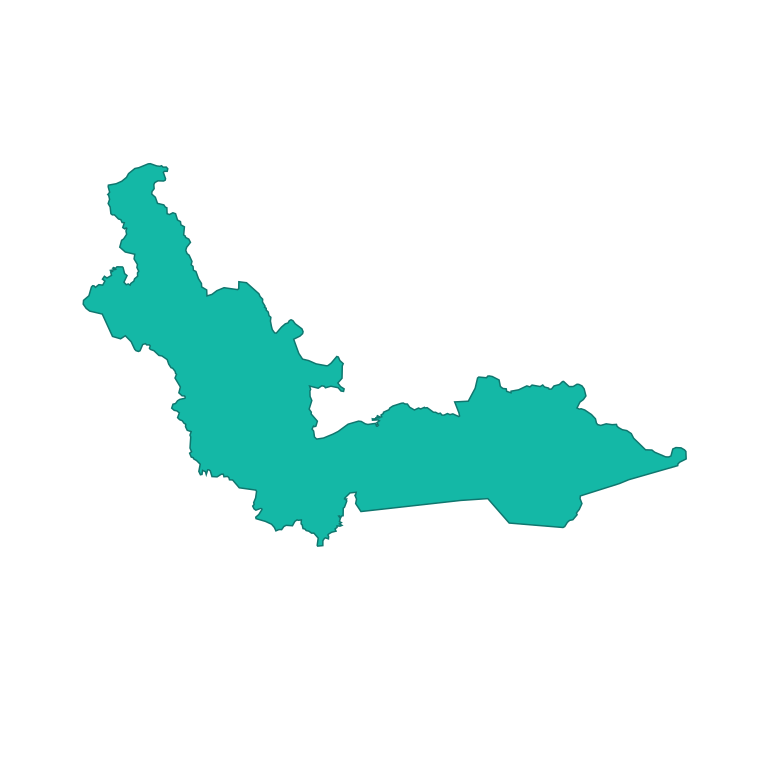 Huehuetla, Hidalgo, Mexico (Natural Earth projection), rotated 101°
{"feature_id": "50627088B94198813487846", "entity_name": "Huehuetla", "entity_type": "district", "adm_level": 2, "iso_a3": "MEX", "parent_name": "Mexico", "parent_adm1": "Hidalgo", "projection": "natural_earth1", "projection_center": [-98.075, 20.532], "detail": "fine", "context": "isolated", "style": "filled", "palette": "teal", "viewbox_px": 768, "rotation_deg": 101, "n_neighbors": 0, "source": "geoboundaries", "source_scale": "gbopen_adm2", "svg_char_len": 6159}
<svg xmlns="http://www.w3.org/2000/svg" viewBox="0 0 768 768"><g transform="rotate(101 384 384)"><path d="M555.8,418.2L554.3,413.2L549.5,414.1L547.1,413.1L546.2,412.2L546.6,409.0L544.3,409.2L542.9,410.3L541.8,409.7L539.5,407.1L537.6,403.0L535.6,404.4L533.7,402.7L532.3,403.0L531.9,400.0L530.8,398.3L529.8,401.0L528.2,399.4L527.5,401.5L524.2,401.2L522.3,403.3L522.0,402.5L523.5,401.0L521.7,400.5L521.1,399.0L513.7,400.3L512.5,399.3L505.9,398.2L505.3,399.0L504.0,398.7L504.4,400.8L503.7,400.9L497.4,396.6L495.6,390.6L498.5,390.7L498.8,391.3L502.2,389.0L506.8,389.0L513.6,382.3L483.6,286.3L476.7,260.2L496.6,234.6L490.7,180.9L489.5,179.4L484.8,177.6L482.5,175.8L481.2,172.7L475.5,169.5L473.9,170.5L469.9,168.4L463.6,166.9L459.1,169.7L456.4,169.9L436.8,133.9L431.2,125.4L408.1,80.1L406.3,80.2L404.3,78.8L399.9,73.1L392.6,74.8L391.3,76.5L390.0,80.2L390.7,85.3L392.7,88.1L399.9,88.6L401.3,90.6L401.8,93.6L399.3,105.3L397.7,108.4L398.7,114.7L389.6,128.6L385.5,131.8L383.4,136.8L383.4,141.3L382.1,145.3L381.0,147.2L379.3,148.1L380.4,152.3L380.7,158.3L383.3,163.3L383.1,166.5L381.8,168.0L377.8,169.8L374.4,174.5L371.2,182.0L370.7,185.8L371.4,187.5L370.7,190.0L364.4,188.2L361.2,185.3L357.2,183.5L350.6,186.6L348.1,189.3L347.2,192.7L347.4,194.5L350.4,197.8L351.2,201.8L347.2,208.2L347.6,209.3L351.0,211.7L353.5,216.8L357.0,218.6L357.6,220.9L356.6,221.6L356.3,225.9L354.7,228.0L356.7,230.2L356.8,238.5L359.0,240.2L358.6,243.4L364.0,250.7L366.8,257.9L368.4,257.7L367.8,262.2L365.4,263.1L365.7,266.5L364.2,269.3L358.1,271.8L356.0,279.1L356.0,282.1L356.4,283.6L358.3,284.6L359.1,292.3L360.3,293.3L370.8,293.7L384.8,298.0L388.1,311.2L398.1,304.9L401.0,303.7L401.7,304.4L400.2,310.7L401.5,313.4L400.9,316.1L403.1,319.1L403.5,321.1L401.9,323.1L402.8,325.2L401.9,327.9L402.3,330.0L399.0,337.1L399.7,339.2L399.2,339.9L401.5,343.2L401.0,345.5L403.7,349.2L401.9,354.4L399.2,357.2L399.6,359.8L399.0,361.4L399.6,363.3L403.9,371.1L406.4,373.7L408.3,374.2L411.8,379.1L413.1,379.0L415.0,381.0L416.6,380.0L417.2,381.3L416.4,384.4L417.3,384.6L418.2,382.9L418.8,385.6L419.7,385.4L420.1,387.0L420.7,386.7L420.4,388.8L421.7,388.4L420.4,383.0L421.0,381.5L423.3,383.6L424.0,382.7L424.7,383.1L425.4,381.6L426.7,382.4L426.8,383.3L424.3,384.9L426.8,392.1L426.7,394.7L425.1,399.2L425.3,401.9L430.3,411.6L439.3,419.9L442.9,424.5L448.6,433.1L450.9,439.6L449.3,442.1L443.6,444.1L442.0,446.0L438.8,445.2L439.1,443.9L438.4,442.8L433.2,442.3L427.3,449.8L425.5,450.0L422.9,452.7L414.0,451.7L410.3,454.2L405.0,455.4L403.2,455.0L400.2,456.7L400.7,447.8L397.6,444.7L397.7,442.0L398.9,440.8L396.3,435.7L396.4,428.3L399.1,424.9L399.0,422.3L396.4,422.2L394.8,426.2L391.8,429.5L386.4,426.3L374.2,428.4L371.8,427.9L369.4,431.8L366.2,434.0L366.0,435.6L373.5,439.8L376.6,442.5L377.1,443.8L377.2,454.5L375.4,462.4L375.1,468.7L370.2,473.5L357.3,481.2L353.0,475.6L350.1,473.5L348.1,473.4L345.5,475.1L341.8,482.7L339.2,485.5L338.7,487.5L339.9,489.0L342.4,489.9L343.8,492.4L347.7,495.5L354.6,499.4L354.7,501.1L352.0,504.0L349.1,505.4L343.9,507.5L340.1,507.8L338.9,509.9L335.4,511.4L334.0,513.7L332.1,514.1L331.5,515.9L330.3,515.6L326.7,518.9L323.9,519.3L321.8,522.3L319.3,524.0L310.8,538.3L311.3,546.0L318.0,544.8L319.3,545.7L320.0,559.4L324.3,565.9L328.9,570.0L331.3,574.6L325.5,576.0L323.5,581.5L320.1,582.4L316.0,586.2L309.4,590.1L308.7,592.8L305.0,593.9L303.8,596.0L300.3,595.9L294.7,599.9L293.6,602.2L290.5,604.1L287.4,603.8L281.9,601.0L279.0,603.3L278.0,606.8L276.8,607.2L275.9,609.1L267.8,609.9L266.5,613.7L263.4,614.8L262.4,618.0L256.6,621.1L256.2,623.9L258.6,627.0L258.2,629.4L252.4,630.8L252.2,632.3L250.2,634.3L249.9,640.8L244.3,644.1L241.9,648.2L239.4,648.5L236.2,646.9L232.2,648.0L230.0,647.4L227.7,644.7L226.8,639.1L225.7,637.7L224.2,637.6L218.4,641.0L217.1,640.2L216.6,637.4L214.0,637.3L212.6,639.1L213.3,642.2L212.2,644.0L213.1,645.6L213.3,648.7L212.3,655.4L212.9,657.5L218.5,666.0L220.0,669.7L226.2,674.9L230.3,676.2L235.0,680.1L238.5,685.1L241.4,692.5L243.0,692.4L248.1,689.9L250.8,691.3L251.1,690.4L255.1,688.6L259.5,689.2L262.5,686.6L268.9,684.6L269.8,683.0L269.4,680.9L272.7,676.1L272.9,673.7L275.5,671.9L275.2,669.7L280.3,670.3L281.2,668.2L280.0,666.9L280.3,666.2L283.0,666.5L286.2,665.2L291.3,667.3L293.0,669.0L300.1,669.5L303.8,663.2L304.2,653.4L308.9,653.2L313.8,648.8L316.8,648.8L320.1,646.3L322.0,647.2L325.2,646.4L328.3,648.9L330.8,649.2L333.5,651.7L335.4,652.1L334.6,654.1L335.7,656.0L333.7,658.7L326.6,656.9L325.1,659.7L319.6,662.3L319.0,663.1L319.9,668.5L321.7,669.6L321.3,671.7L322.1,672.3L322.9,669.8L324.6,674.0L325.4,672.3L326.1,673.7L329.4,672.2L332.8,676.2L331.6,679.0L334.8,680.4L336.2,677.6L340.6,679.0L340.9,682.9L344.2,685.7L343.0,687.4L343.1,688.7L344.6,689.7L353.7,690.5L359.2,694.9L363.0,694.5L366.6,690.8L368.6,686.8L369.1,673.9L389.1,659.6L389.9,651.2L386.0,647.1L390.7,640.3L397.4,635.4L398.6,633.8L398.9,631.2L397.9,629.8L391.3,628.4L389.9,625.9L390.9,624.5L390.4,621.7L391.3,620.7L393.6,621.1L394.6,620.0L395.2,616.2L398.9,610.4L398.8,607.4L401.4,601.5L405.6,599.1L408.6,596.2L408.9,594.4L411.6,591.3L413.3,590.7L414.1,589.5L418.0,590.3L425.8,583.3L431.8,583.7L434.1,580.0L433.8,577.5L434.8,576.6L436.0,576.7L438.1,581.6L439.9,583.5L442.9,584.9L444.1,587.3L448.2,587.8L449.9,584.9L449.9,582.2L451.4,579.4L456.4,580.2L458.0,577.9L458.6,574.9L460.5,573.1L461.4,570.9L463.8,570.7L467.0,568.3L467.5,564.2L471.2,564.7L472.9,563.6L483.9,562.2L487.2,560.0L489.0,561.6L492.5,559.3L492.7,557.2L493.8,556.6L494.9,553.4L497.8,549.1L505.1,549.1L508.1,546.9L507.5,545.4L503.4,545.6L504.1,542.6L506.8,541.2L501.9,540.7L501.6,539.6L502.4,538.0L507.7,535.2L507.0,530.1L503.5,526.4L503.2,524.5L505.6,523.4L504.6,520.0L505.5,518.4L507.5,517.4L507.1,514.3L513.5,506.3L512.6,489.6L513.8,488.6L520.4,488.3L525.3,489.3L527.0,488.5L528.9,489.6L531.4,487.7L532.3,485.7L529.8,481.6L529.7,480.3L530.4,479.8L536.0,482.0L539.2,484.5L540.6,483.9L541.5,474.2L543.1,467.6L545.8,464.2L548.8,462.1L546.9,459.3L546.5,456.7L543.0,455.1L541.4,453.1L540.6,446.8L535.9,445.3L533.9,443.4L534.2,442.3L533.2,439.2L537.1,438.7L538.0,437.4L541.4,435.9L541.4,434.1L542.7,432.4L542.8,429.8L544.2,426.7L543.8,424.3L547.8,419.2L555.1,418.8L555.8,418.2Z" fill="#14b8a6" stroke="#0f766e" stroke-width="1.5"/></g></svg>